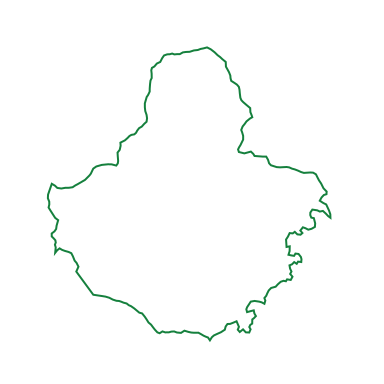 Batatais, São Paulo, Brazil (Albers equal-area conic projection), rotated 101°
{"feature_id": "56859067B57164081462165", "entity_name": "Batatais", "entity_type": "district", "adm_level": 2, "iso_a3": "BRA", "parent_name": "Brazil", "parent_adm1": "São Paulo", "projection": "albers", "projection_center": [-47.578, -20.866], "detail": "fine", "context": "isolated", "style": "outline", "palette": "green", "viewbox_px": 384, "rotation_deg": 101, "n_neighbors": 0, "source": "geoboundaries", "source_scale": "gbopen_adm2", "svg_char_len": 3767}
<svg xmlns="http://www.w3.org/2000/svg" viewBox="0 0 384 384"><g transform="rotate(101 192 192)"><path d="M334.2,146.1L330.8,144.8L328.6,143.1L326.7,140.5L324.1,136.8L320.9,133.5L317.6,133.3L314.8,132.0L314.2,129.4L312.5,126.7L310.4,123.6L313.2,121.7L315.4,120.2L318.4,120.8L320.3,118.4L317.1,115.7L319.5,112.4L319.0,109.0L315.6,108.3L313.6,110.0L311.3,109.4L309.7,107.8L305.6,108.5L304.0,107.1L301.6,105.6L299.3,107.6L296.4,108.8L297.7,111.6L299.4,115.0L296.7,116.3L294.5,115.9L291.6,114.7L288.4,113.4L287.0,109.8L286.8,105.1L287.0,102.6L287.9,99.6L284.6,99.3L282.3,100.7L279.7,99.3L277.2,98.8L274.0,97.9L271.1,96.0L269.0,91.8L266.2,90.1L263.2,87.8L261.7,85.2L261.7,82.8L259.6,82.0L259.5,78.3L256.0,77.2L253.7,80.0L251.1,79.2L248.5,81.1L245.4,82.3L243.9,80.0L241.3,78.3L242.5,75.5L240.1,74.6L239.9,71.4L237.1,71.7L235.0,72.7L232.5,75.6L232.7,78.7L235.2,79.6L235.3,82.6L235.2,85.3L231.4,84.9L226.7,85.7L227.9,88.7L225.6,89.3L220.7,90.6L217.5,89.3L213.7,88.3L213.4,85.2L211.5,83.5L213.5,80.5L213.2,77.3L211.2,75.8L209.2,78.3L205.5,76.4L205.9,73.7L206.8,70.7L205.3,67.6L202.8,64.7L199.3,65.1L194.4,67.4L194.4,70.0L192.1,71.5L189.6,71.9L186.3,70.5L186.1,65.5L186.8,62.8L185.6,59.9L187.6,56.6L189.7,53.7L190.9,51.2L187.4,52.0L184.0,54.0L178.6,57.9L177.8,60.9L176.2,64.9L172.7,63.8L169.8,62.0L168.5,59.6L165.9,59.9L163.3,63.6L159.0,66.9L156.3,69.6L153.5,71.8L151.0,73.7L149.9,76.8L150.3,79.7L151.2,83.2L151.9,85.8L151.6,88.7L150.8,92.0L150.2,95.4L150.0,98.3L149.3,101.2L149.4,103.9L151.0,110.3L151.4,113.6L150.7,119.6L149.1,121.8L145.9,123.5L143.1,125.9L143.7,128.9L144.7,137.5L142.9,139.1L141.1,141.9L144.1,148.0L143.8,153.6L141.4,154.9L139.1,154.3L136.8,153.4L130.8,151.8L127.1,152.5L123.8,154.2L121.7,155.5L118.0,154.8L115.2,153.3L112.3,152.0L108.8,149.1L107.1,147.1L105.1,148.2L102.5,149.9L98.5,150.9L96.3,154.9L94.0,158.9L92.5,161.0L90.3,162.5L86.0,163.9L82.5,164.9L79.8,166.1L78.0,168.4L76.8,171.2L75.4,174.7L72.9,175.9L70.4,176.6L67.4,178.5L64.5,180.9L62.5,182.6L57.9,183.7L55.8,187.6L54.2,190.1L52.8,193.0L50.5,196.5L48.3,200.9L47.2,204.8L48.9,208.3L49.9,210.8L51.5,213.4L52.7,217.2L54.8,221.0L55.7,224.7L56.7,227.6L59.0,230.3L59.5,232.9L60.3,235.6L59.9,237.9L61.0,240.1L61.6,242.6L63.3,245.5L66.3,246.8L70.4,248.0L72.6,251.0L76.0,252.9L77.8,255.0L80.3,255.2L83.5,254.2L87.8,253.3L90.5,254.0L93.7,253.8L96.4,253.5L98.8,253.2L101.5,252.7L105.1,253.6L107.4,254.6L110.6,254.9L114.0,255.2L118.0,254.4L121.5,253.3L125.0,251.3L128.2,250.2L131.7,250.0L134.2,251.9L137.4,253.8L139.4,256.1L142.2,257.5L144.5,258.2L146.4,259.6L147.5,262.4L149.0,264.1L151.2,265.5L154.1,267.7L157.2,271.7L160.2,270.9L164.4,271.0L167.5,272.6L171.0,271.7L175.7,270.4L178.1,270.3L180.5,271.4L180.2,276.1L180.8,279.7L182.6,285.7L185.2,290.8L187.9,293.4L193.3,294.8L195.3,295.8L200.5,299.3L206.2,305.8L207.8,307.8L210.1,310.1L211.3,313.5L212.1,317.3L213.5,320.9L213.7,325.0L211.9,327.8L210.7,331.2L222.0,332.8L225.6,332.3L228.7,330.3L231.5,329.7L234.6,329.8L236.9,327.7L243.5,321.4L245.2,318.0L250.9,318.5L254.2,318.3L256.9,319.5L259.5,321.8L262.4,321.2L264.0,318.8L265.5,316.9L267.6,316.1L269.9,316.5L272.4,315.2L277.8,314.7L274.9,313.2L272.6,311.2L273.6,308.5L274.1,305.4L274.4,301.7L275.1,298.8L277.9,296.6L281.8,294.1L283.6,291.8L287.0,289.2L292.2,290.4L311.7,269.3L311.3,260.2L311.2,257.0L311.6,253.0L312.7,249.3L313.2,245.4L312.9,242.8L313.2,240.5L313.7,238.1L313.9,234.9L315.2,232.4L315.7,230.1L317.3,226.5L320.5,220.7L320.7,217.8L323.4,214.6L325.8,212.2L328.4,209.8L330.0,206.9L332.1,204.6L334.2,202.2L336.4,199.2L336.8,196.8L334.5,194.4L334.9,191.5L334.2,188.0L333.0,185.7L332.3,182.9L332.8,180.0L332.4,175.9L329.6,173.0L330.0,169.0L330.1,166.0L329.8,163.3L328.9,158.9L330.0,155.5L330.8,153.3L331.4,150.9L331.8,148.5L334.2,146.1Z" fill="none" stroke="#15803d" stroke-width="2"/></g></svg>